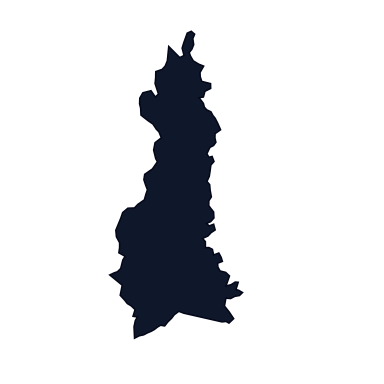 outline of Barão de Antonina, São Paulo, Brazil, rotated 14°
{"feature_id": "56859067B50057766489130", "entity_name": "Barão de Antonina", "entity_type": "district", "adm_level": 2, "iso_a3": "BRA", "parent_name": "Brazil", "parent_adm1": "São Paulo", "projection": "equal_earth", "projection_center": [-49.568, -23.569], "detail": "fine", "context": "isolated", "style": "filled", "palette": "ink", "viewbox_px": 384, "rotation_deg": 14, "n_neighbors": 0, "source": "geoboundaries", "source_scale": "gbopen_adm2", "svg_char_len": 2106}
<svg xmlns="http://www.w3.org/2000/svg" viewBox="0 0 384 384"><g transform="rotate(14 192 192)"><path d="M185.1,87.0L183.8,82.3L179.9,82.3L174.7,82.3L172.1,78.1L170.9,74.1L172.9,67.0L167.6,66.3L161.5,64.4L157.7,60.5L155.6,57.4L157.4,53.3L158.0,48.5L155.7,43.0L156.4,38.2L152.4,36.2L148.9,39.0L147.9,49.0L147.6,54.8L151.2,61.5L147.6,64.5L134.2,56.4L136.3,70.6L135.5,76.3L133.3,80.3L127.7,83.9L129.1,90.1L129.9,95.7L135.7,105.0L133.5,108.7L127.7,103.6L120.3,107.6L118.6,113.6L119.8,119.2L121.8,122.9L123.9,129.8L132.2,133.5L137.6,135.5L142.3,139.8L145.4,141.7L149.1,146.8L144.2,153.1L144.6,160.6L148.7,168.4L151.1,171.0L148.0,179.2L141.8,186.3L142.3,191.7L145.3,196.5L148.2,200.6L147.8,205.2L147.6,211.2L142.5,217.0L140.0,221.4L133.7,223.2L129.7,228.7L129.2,234.7L127.3,247.5L129.5,253.8L134.0,258.7L135.2,263.6L135.7,268.7L142.6,270.6L141.3,274.7L141.3,283.5L138.9,287.4L136.0,289.3L132.2,292.4L146.8,299.3L147.3,309.6L152.9,313.3L156.2,315.9L160.5,317.2L165.2,319.9L164.8,326.9L169.3,326.5L168.1,330.3L168.3,336.7L171.6,347.8L175.6,344.3L179.7,342.3L182.7,339.6L186.3,336.9L188.8,334.5L191.2,331.4L193.8,328.9L197.9,328.6L199.9,324.1L202.8,319.4L204.5,315.4L208.1,311.0L213.5,311.6L252.5,310.8L256.4,309.4L259.6,310.3L263.1,304.8L257.0,299.3L251.1,294.8L250.6,286.8L255.2,286.1L258.8,282.9L263.1,281.0L265.4,277.3L261.3,276.1L258.3,275.9L258.7,268.4L255.7,268.9L252.4,272.4L247.7,274.9L248.2,270.2L248.7,264.4L244.1,261.8L238.3,261.8L235.3,258.5L234.1,254.9L238.3,252.0L236.1,248.3L232.8,244.7L228.2,247.8L225.7,242.7L221.9,241.8L218.5,242.7L217.0,236.9L213.5,234.5L218.1,230.9L220.4,226.8L223.7,223.2L220.8,218.0L216.9,220.7L213.7,219.0L217.3,216.3L219.6,211.9L217.8,206.1L214.3,203.4L211.6,201.2L210.5,196.4L212.0,192.1L209.2,185.9L207.4,180.6L204.0,178.1L205.0,172.6L204.5,167.2L203.8,161.3L206.0,157.1L202.9,152.6L200.1,154.2L197.2,151.3L198.6,144.4L201.7,141.7L203.2,138.0L201.2,134.0L200.3,129.8L204.7,124.7L200.2,118.9L196.6,114.8L193.8,112.7L191.0,109.6L186.5,108.7L183.5,106.7L181.6,103.2L176.1,98.8L180.1,97.1L180.2,91.2L185.1,87.0Z" fill="#0f172a" stroke="#020617" stroke-width="1.5"/></g></svg>